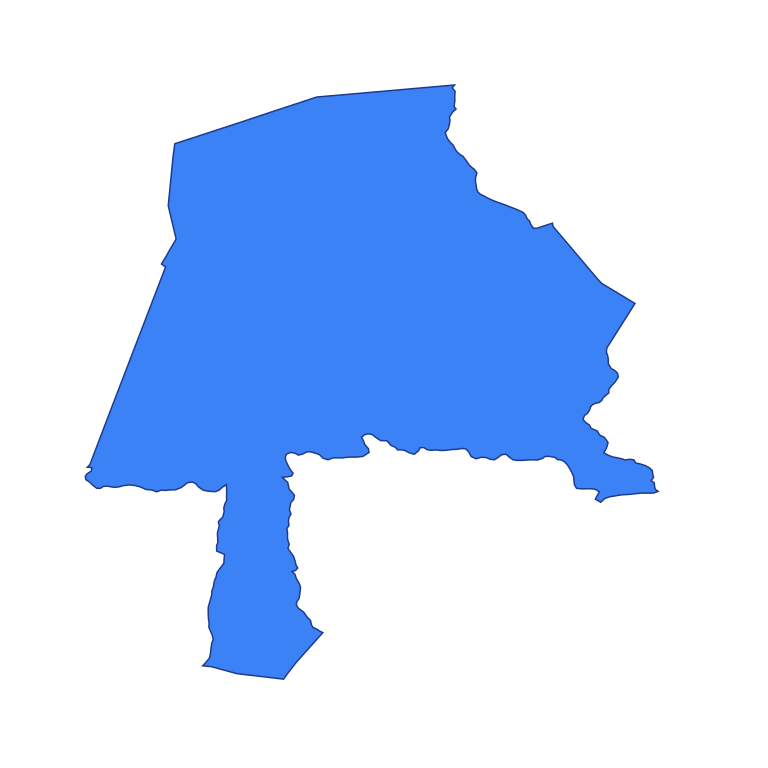 outline of Barras, Piauí, Brazil, rotated 97°
{"feature_id": "56859067B60592668068421", "entity_name": "Barras", "entity_type": "district", "adm_level": 2, "iso_a3": "BRA", "parent_name": "Brazil", "parent_adm1": "Piauí", "projection": "equal_earth", "projection_center": [-42.271, -4.158], "detail": "fine", "context": "isolated", "style": "filled", "palette": "blue", "viewbox_px": 768, "rotation_deg": 97, "n_neighbors": 0, "source": "geoboundaries", "source_scale": "gbopen_adm2", "svg_char_len": 4614}
<svg xmlns="http://www.w3.org/2000/svg" viewBox="0 0 768 768"><g transform="rotate(97 384 384)"><path d="M689.4,495.0L689.4,487.1L689.2,447.7L683.8,444.8L671.8,437.7L668.3,435.3L638.2,414.4L637.0,418.0L635.4,421.0L634.3,424.9L631.8,426.7L627.7,428.1L624.2,432.4L620.2,435.9L617.2,441.4L614.1,444.0L610.7,444.0L607.2,442.2L603.8,442.0L599.8,442.0L596.2,442.0L593.5,443.2L591.0,444.8L587.9,447.3L584.0,449.0L581.3,452.4L579.8,449.0L577.1,447.2L574.4,449.3L570.7,450.6L566.2,452.7L562.5,456.1L558.9,459.3L554.5,458.5L551.4,460.2L547.5,461.2L543.4,461.6L539.3,462.8L536.0,461.1L531.9,462.1L528.3,462.1L524.3,460.5L520.5,462.5L516.4,462.3L513.0,462.0L509.6,459.6L505.4,459.3L502.3,462.5L499.6,465.6L496.7,466.4L493.4,467.6L491.0,471.0L489.0,473.5L487.9,468.6L486.5,464.4L483.6,463.4L480.9,466.2L478.0,468.4L475.3,470.1L472.2,472.1L468.4,473.1L465.4,472.1L463.2,468.0L463.6,463.8L465.0,460.2L463.2,455.7L460.8,452.4L460.3,448.8L461.0,443.8L461.9,439.5L465.2,435.3L466.0,430.1L463.5,425.6L462.9,420.8L462.4,416.2L461.3,412.0L460.6,408.3L460.0,402.9L458.5,396.2L453.8,390.5L450.1,391.6L446.5,395.6L442.6,397.6L439.6,399.8L436.6,397.0L435.4,393.6L435.5,389.6L438.2,385.3L440.6,380.4L440.0,374.2L444.1,369.6L445.4,365.1L447.7,362.5L447.2,358.7L447.5,354.9L449.1,351.0L450.1,345.4L446.0,341.5L442.9,340.5L442.2,336.9L444.0,333.0L444.0,329.0L443.1,324.4L443.1,319.8L442.3,314.5L441.0,309.7L439.9,303.6L438.5,298.7L438.5,294.9L441.0,291.7L445.3,288.7L447.0,283.6L444.9,278.6L444.5,273.9L445.8,268.9L445.7,265.1L443.2,262.0L439.9,258.8L438.8,254.4L441.6,250.2L443.5,246.7L443.6,242.9L443.0,237.8L441.9,232.1L441.1,227.0L440.7,222.3L438.6,217.7L436.1,215.0L435.7,210.6L436.0,205.6L437.9,202.5L437.8,198.7L439.2,195.4L441.9,192.1L445.4,189.3L449.2,186.6L453.2,184.4L457.0,183.6L460.6,182.8L464.1,180.2L464.0,174.9L463.1,168.9L462.7,165.2L462.8,161.4L464.7,157.0L468.8,158.8L472.5,160.2L475.0,154.5L470.7,150.9L468.5,146.5L467.4,142.7L466.2,138.6L465.0,134.5L464.0,128.7L462.4,121.8L460.9,115.2L460.3,109.8L459.4,103.1L457.2,98.8L455.5,101.9L452.2,103.1L449.1,103.7L447.3,107.1L444.0,105.1L440.5,106.3L437.3,107.1L435.1,109.9L433.2,114.5L432.1,120.2L431.7,124.6L428.8,126.7L428.8,131.2L430.0,135.1L429.3,138.8L428.8,143.1L428.6,147.8L427.4,152.7L425.5,157.4L422.0,155.9L418.8,155.0L414.8,154.5L410.1,158.8L408.3,163.8L404.7,166.5L402.8,172.9L399.5,175.3L397.7,179.1L395.0,182.2L390.9,181.2L388.2,178.5L384.6,176.7L381.8,176.3L379.2,174.7L377.4,171.7L376.2,168.3L373.7,165.8L370.9,164.8L368.0,162.2L365.5,159.8L361.9,160.2L358.0,157.9L353.5,154.7L348.5,152.3L344.9,153.5L342.8,156.1L340.9,160.4L336.6,163.8L331.9,164.4L328.9,165.4L325.1,167.2L321.0,167.2L273.5,144.7L260.6,173.5L257.7,180.1L253.4,185.2L206.9,235.5L203.8,236.4L206.2,241.5L209.0,247.5L210.7,251.1L211.3,254.6L207.7,257.8L204.7,259.3L202.5,262.1L199.4,263.9L196.9,266.5L195.3,271.1L194.1,275.4L193.2,279.1L192.2,283.0L191.3,286.4L190.4,290.7L189.4,295.1L188.1,299.8L186.7,304.0L185.2,307.6L184.2,311.0L181.9,314.3L179.1,315.8L175.8,316.7L172.3,317.8L168.3,318.3L163.2,317.5L160.1,320.3L158.2,323.5L156.2,326.2L153.8,328.2L151.4,330.4L148.4,333.4L146.6,337.2L144.2,340.3L141.3,342.6L138.5,344.4L136.0,347.7L132.6,351.0L127.1,353.9L122.9,351.4L119.1,350.8L114.6,350.6L111.2,351.5L108.4,350.4L105.2,348.6L102.4,346.0L100.2,348.2L97.0,348.2L94.2,348.2L90.2,348.8L84.8,349.1L81.8,352.4L78.6,350.4L83.2,372.0L105.4,476.5L107.4,485.8L127.6,528.7L142.5,560.0L171.0,620.9L183.3,621.1L233.3,619.9L265.4,608.0L280.0,614.3L282.7,615.3L292.0,619.5L294.5,615.1L313.9,619.9L363.3,632.2L368.0,633.4L397.1,640.6L436.6,650.5L499.8,666.1L502.7,668.3L502.7,663.7L506.1,663.9L509.4,667.9L512.2,669.2L515.3,668.3L517.2,664.3L520.5,659.9L522.5,656.4L522.1,652.6L520.0,650.4L519.1,646.6L519.5,639.3L518.3,634.2L516.8,630.8L515.2,624.7L515.1,618.9L515.9,613.1L517.7,607.2L517.5,601.5L518.7,596.5L516.5,592.3L516.3,588.0L515.3,583.9L514.4,578.0L511.5,572.7L508.5,569.5L506.1,567.3L504.6,562.4L505.8,558.8L509.0,555.2L511.5,550.3L511.8,545.1L511.5,538.7L509.7,535.0L506.2,531.9L503.1,528.2L509.3,527.1L515.6,526.5L518.5,525.9L522.4,527.3L526.5,527.9L530.3,527.1L535.8,527.8L538.3,529.9L540.8,531.6L545.0,530.2L552.2,531.2L558.1,530.2L561.7,529.6L564.8,530.5L570.2,529.7L572.6,521.5L577.0,521.4L581.4,521.1L584.6,522.9L587.9,524.9L592.0,526.9L596.5,527.2L599.2,528.2L602.5,528.5L606.9,528.7L609.8,529.6L614.2,529.3L618.1,529.9L622.8,530.6L626.3,531.2L629.6,531.0L634.9,530.2L638.7,529.6L641.9,528.6L647.0,528.1L654.1,523.9L658.1,522.4L662.8,523.4L669.1,523.5L672.5,523.4L677.2,523.8L682.0,526.8L685.8,529.6L685.6,520.9L689.4,495.0Z" fill="#3b82f6" stroke="#1e3a8a" stroke-width="1.5"/></g></svg>